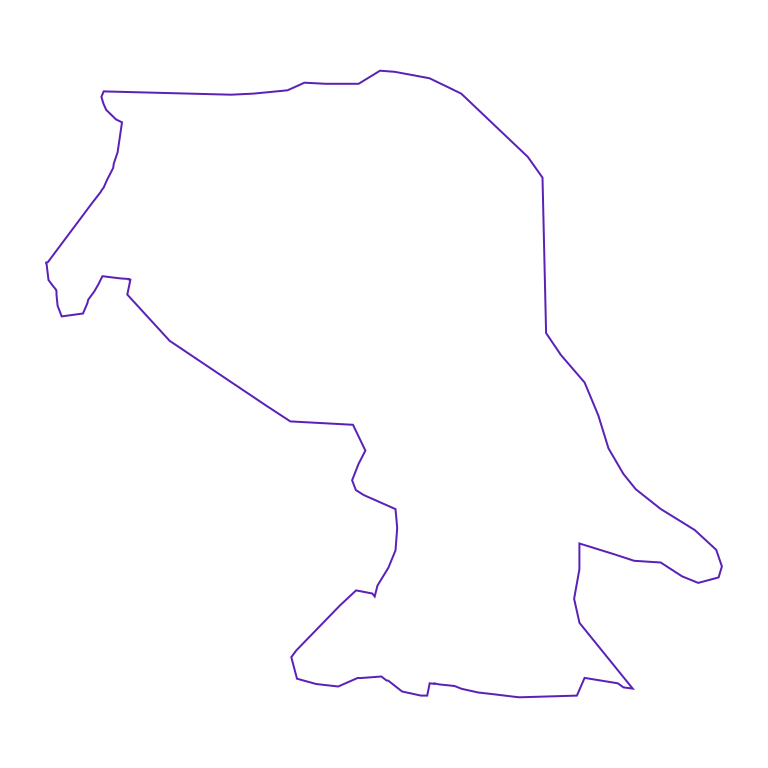 Boldumsaz, Tashauz, Turkmenistan (Equal Earth projection)
{"feature_id": "10190150B19279847457631", "entity_name": "Boldumsaz", "entity_type": "district", "adm_level": 2, "iso_a3": "TKM", "parent_name": "Turkmenistan", "parent_adm1": "Tashauz", "projection": "equal_earth", "projection_center": [59.725, 41.991], "detail": "fine", "context": "isolated", "style": "outline", "palette": "violet", "viewbox_px": 768, "rotation_deg": 0, "n_neighbors": 0, "source": "geoboundaries", "source_scale": "gbopen_adm2", "svg_char_len": 1645}
<svg xmlns="http://www.w3.org/2000/svg" viewBox="0 0 768 768"><path d="M103.5,103.8L106.2,109.9L116.1,119.5L122.0,122.3L117.6,152.3L113.8,163.5L113.2,167.9L107.1,179.8L103.7,187.5L101.6,190.3L100.8,191.8L91.3,204.1L47.9,262.1L46.1,262.6L46.2,263.3L46.5,263.3L48.5,280.0L52.2,285.0L56.0,289.7L56.1,290.4L56.5,291.0L56.5,294.8L57.6,305.8L61.7,316.4L83.0,313.5L87.3,303.4L88.3,299.5L94.2,291.6L98.4,284.3L102.4,276.2L120.2,278.4L128.9,279.0L128.8,279.5L130.4,279.7L127.3,294.6L168.9,340.0L169.4,340.7L170.8,341.6L197.6,359.6L231.4,382.3L266.0,405.5L290.3,421.4L317.9,422.9L340.3,424.1L353.0,424.8L354.8,428.6L362.8,445.2L365.4,450.6L358.6,463.8L352.1,480.3L355.9,490.1L363.8,495.1L382.6,503.4L394.1,508.5L395.5,509.1L396.8,523.3L397.2,528.0L395.5,550.4L388.4,567.7L377.5,585.5L374.7,596.5L372.3,593.5L356.1,590.4L340.1,605.3L296.3,650.4L291.3,657.2L297.0,678.7L313.6,683.3L316.1,684.0L338.2,686.5L357.8,677.9L360.1,678.1L381.4,676.5L386.5,680.5L388.2,680.6L402.1,691.5L421.0,695.6L427.2,695.6L429.7,683.3L434.5,683.9L434.5,683.4L439.2,684.4L454.6,686.0L461.6,688.8L478.2,692.5L493.3,694.2L515.5,696.9L519.5,697.3L576.9,695.6L584.6,677.9L617.8,683.3L623.5,687.4L632.7,688.6L579.5,622.9L574.1,598.8L579.4,569.4L579.4,543.5L613.0,553.9L634.2,560.8L660.7,562.5L682.0,576.3L698.2,582.9L718.6,577.4L721.9,566.4L716.2,549.8L694.7,530.0L660.7,509.0L635.7,489.2L623.3,473.8L608.5,448.4L598.3,415.4L584.6,382.5L560.9,355.0L546.1,333.1L542.5,177.6L527.8,156.9L461.2,93.6L429.6,78.3L394.6,71.8L380.0,70.7L358.6,83.8L325.8,83.8L304.4,82.7L287.5,90.3L253.7,93.6L231.1,94.7L103.7,91.4L101.4,96.9L103.5,103.8Z" fill="none" stroke="#5b21b6" stroke-width="2"/></svg>